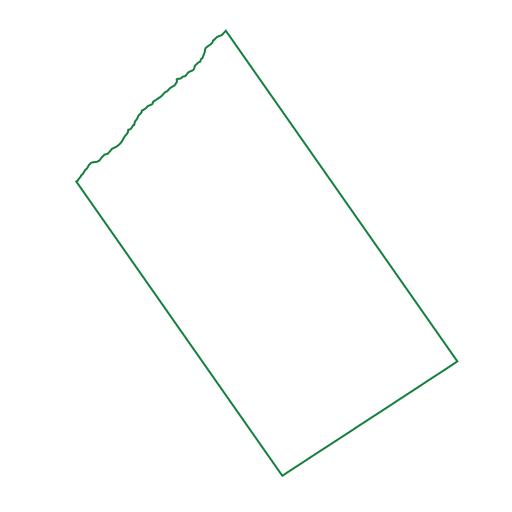 the State of North Dakota, rotated 235°
{"feature_id": "USA-3516", "entity_name": "North Dakota", "entity_type": "State", "adm_level": 1, "iso_a3": "USA", "parent_name": "United States of America", "parent_adm1": "", "projection": "equal_earth", "projection_center": [-98.519, 47.467], "detail": "fine", "context": "isolated", "style": "outline", "palette": "green", "viewbox_px": 512, "rotation_deg": 235, "n_neighbors": 0, "source": "natural_earth", "source_scale": "10m", "svg_char_len": 2851}
<svg xmlns="http://www.w3.org/2000/svg" viewBox="0 0 512 512"><g transform="rotate(235 256 256)"><path d="M60.9,151.5L65.0,151.5L76.6,151.5L88.2,151.5L99.7,151.5L111.3,151.5L122.9,151.5L134.5,151.5L146.0,151.5L157.6,151.5L169.2,151.5L180.8,151.5L192.3,151.5L202.2,151.5L203.9,151.5L215.5,151.5L227.1,151.5L238.6,151.5L250.2,151.5L261.8,151.5L273.4,151.5L284.9,151.5L296.5,151.5L308.1,151.5L319.7,151.5L331.2,151.5L342.8,151.5L354.4,151.5L366.0,151.5L377.5,151.5L389.1,151.5L400.7,151.5L412.3,151.5L420.1,151.5L420.0,153.1L420.4,154.2L420.9,155.2L421.1,156.1L421.4,157.5L421.7,158.1L422.1,158.7L422.3,159.3L422.7,161.6L424.3,165.2L424.7,167.9L425.2,169.0L426.4,171.3L426.9,174.5L425.8,177.1L424.4,179.6L424.0,182.4L425.3,186.4L425.6,188.5L425.9,189.6L425.8,190.3L425.6,191.1L425.0,192.3L424.8,193.1L425.8,197.5L426.1,198.5L426.4,199.6L425.6,204.3L425.7,207.1L426.1,209.7L426.9,212.1L429.3,217.1L429.9,219.7L430.8,222.0L432.7,223.9L431.9,225.5L432.1,227.0L433.5,230.4L433.5,230.8L433.2,231.3L433.3,231.6L433.5,231.7L433.7,231.8L433.8,231.9L433.9,232.0L434.1,232.3L435.3,233.7L435.8,234.6L436.4,237.0L437.2,238.3L437.9,239.4L438.5,240.6L438.8,243.0L439.5,244.9L440.3,245.5L440.6,245.9L440.6,246.3L440.4,246.7L440.3,247.0L440.2,247.3L440.3,248.9L440.2,250.3L440.3,251.5L440.8,252.7L440.8,253.6L440.0,257.1L440.0,258.5L440.3,258.9L440.7,259.4L441.2,259.9L441.4,260.6L441.1,269.4L441.3,270.9L442.1,274.2L442.3,275.7L442.3,276.2L442.1,276.8L441.9,277.5L442.0,278.3L442.7,281.1L442.8,282.5L442.5,287.0L442.6,287.9L442.9,288.6L443.5,289.6L443.7,290.6L443.8,291.1L443.6,291.1L443.8,291.2L444.5,291.4L445.0,291.8L445.6,291.9L446.0,292.2L446.2,292.6L446.1,293.0L445.9,293.3L445.6,294.4L444.9,295.3L444.7,296.0L444.8,298.4L444.8,299.1L444.6,299.6L444.1,300.7L444.0,301.4L444.2,302.5L445.0,304.9L445.2,306.4L445.0,308.0L444.4,310.4L444.5,311.9L445.0,312.8L446.8,315.0L447.1,316.4L447.5,318.9L447.5,320.4L447.2,321.8L447.5,322.3L448.4,323.2L448.7,323.8L448.8,324.3L448.8,324.9L448.9,325.6L449.3,326.3L452.4,330.9L454.3,332.7L455.1,333.9L455.4,335.4L455.4,339.9L455.5,341.3L455.7,342.1L455.9,342.7L457.2,344.5L457.2,345.0L457.1,345.5L457.0,346.3L457.3,346.7L457.7,349.3L457.7,350.2L457.3,352.1L456.7,353.7L456.7,355.3L457.8,360.5L445.3,360.5L432.7,360.5L420.2,360.5L407.6,360.5L395.0,360.5L382.5,360.5L369.9,360.5L357.4,360.5L344.8,360.5L332.3,360.5L319.7,360.5L307.1,360.5L294.6,360.5L282.0,360.5L269.5,360.5L256.9,360.5L244.4,360.5L231.8,360.5L219.2,360.5L206.7,360.5L194.1,360.5L181.6,360.5L169.0,360.5L156.5,360.5L143.9,360.5L131.3,360.5L118.8,360.5L106.2,360.5L93.7,360.5L81.1,360.5L68.6,360.5L54.2,360.5L54.5,347.2L54.9,335.6L55.3,324.1L55.6,312.5L56.0,301.0L56.4,289.5L56.7,278.0L57.1,266.5L57.5,255.1L57.9,243.7L58.2,232.2L58.6,220.9L59.0,209.5L59.4,198.2L59.8,186.9L60.1,175.6L60.5,164.3L60.9,151.5Z" fill="none" stroke="#15803d" stroke-width="2"/></g></svg>